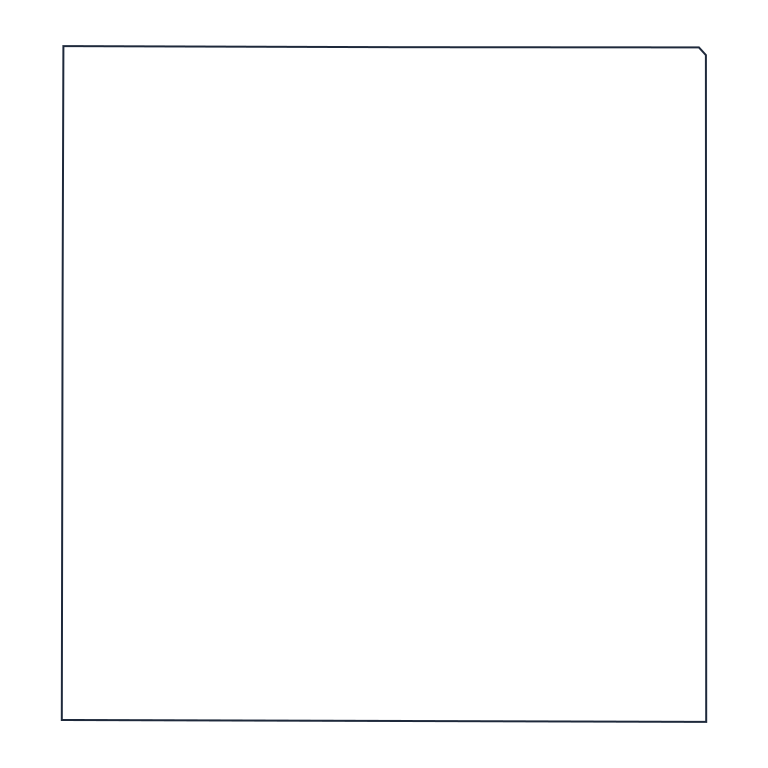 Hall, Nebraska, United States of America (Albers equal-area conic projection)
{"feature_id": "52423323B95239642350933", "entity_name": "Hall", "entity_type": "district", "adm_level": 2, "iso_a3": "USA", "parent_name": "United States of America", "parent_adm1": "Nebraska", "projection": "albers", "projection_center": [-98.41, 40.872], "detail": "fine", "context": "isolated", "style": "outline", "palette": "slate", "viewbox_px": 768, "rotation_deg": 0, "n_neighbors": 0, "source": "geoboundaries", "source_scale": "gbopen_adm2", "svg_char_len": 264}
<svg xmlns="http://www.w3.org/2000/svg" viewBox="0 0 768 768"><path d="M706.1,391.7L706.1,382.3L706.0,300.3L706.0,244.2L705.9,55.1L698.9,47.4L398.4,47.2L63.4,46.1L62.6,297.7L61.8,720.0L706.2,721.9L706.1,391.7Z" fill="none" stroke="#1e293b" stroke-width="2"/></svg>